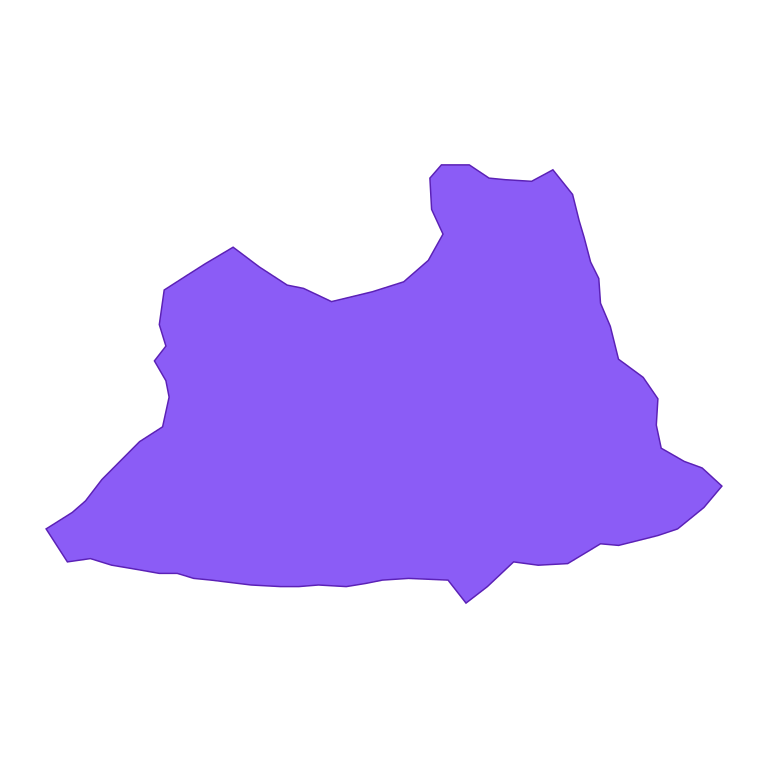 Karmi, Cyprus
{"feature_id": "46923920B51848202529544", "entity_name": "Karmi", "entity_type": "district", "adm_level": 2, "iso_a3": "CYP", "parent_name": "Cyprus", "parent_adm1": "", "projection": "albers", "projection_center": [33.262, 35.32], "detail": "fine", "context": "isolated", "style": "filled", "palette": "violet", "viewbox_px": 768, "rotation_deg": 0, "n_neighbors": 0, "source": "geoboundaries", "source_scale": "gbopen_adm2", "svg_char_len": 1027}
<svg xmlns="http://www.w3.org/2000/svg" viewBox="0 0 768 768"><path d="M154.4,360.9L165.9,380.7L169.1,397.1L162.6,426.8L139.6,441.6L121.6,459.7L101.9,479.5L85.5,500.9L72.3,512.4L46.1,528.9L67.4,561.9L90.4,558.6L111.7,565.2L131.4,568.5L159.3,573.4L177.3,573.4L193.7,578.4L210.1,580.0L251.1,585.0L280.7,586.6L298.7,586.6L318.4,585.0L346.3,586.6L366.0,583.4L382.4,580.1L408.6,578.4L448.0,580.1L466.0,603.1L487.4,586.6L513.6,561.9L538.2,565.2L567.7,563.6L600.5,543.8L618.6,545.4L658.0,535.5L677.6,528.9L703.9,507.5L721.9,486.1L702.2,468.0L684.2,461.4L661.2,448.2L656.3,425.1L657.9,398.8L643.2,377.4L618.5,359.2L610.3,326.3L600.5,303.2L598.8,278.5L590.6,262.0L584.1,237.3L579.2,220.9L572.6,194.5L552.9,169.8L531.6,181.3L505.4,179.7L489.0,178.1L469.3,164.9L441.4,164.9L429.9,178.1L431.6,209.4L443.0,234.1L428.3,260.4L403.7,281.8L372.5,291.7L331.5,301.6L303.6,288.4L287.2,285.1L259.4,267.0L233.1,247.2L205.3,263.7L187.2,275.2L164.2,290.0L159.3,324.6L165.9,346.1L154.4,360.9Z" fill="#8b5cf6" stroke="#5b21b6" stroke-width="1.5"/></svg>